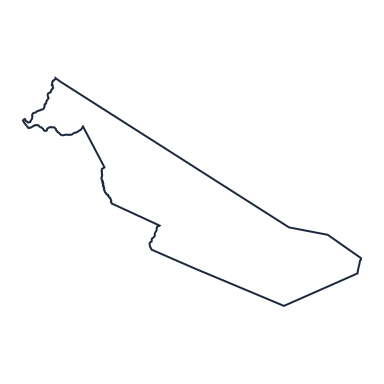 the district of General Lamadrid, La Rioja, Argentina
{"feature_id": "61730980B10920715294308", "entity_name": "General Lamadrid", "entity_type": "district", "adm_level": 2, "iso_a3": "ARG", "parent_name": "Argentina", "parent_adm1": "La Rioja", "projection": "robinson", "projection_center": [-69.375, -28.709], "detail": "fine", "context": "isolated", "style": "outline", "palette": "slate", "viewbox_px": 384, "rotation_deg": 0, "n_neighbors": 0, "source": "geoboundaries", "source_scale": "gbopen_adm2", "svg_char_len": 5320}
<svg xmlns="http://www.w3.org/2000/svg" viewBox="0 0 384 384"><path d="M152.1,249.9L194.3,268.3L283.9,305.9L357.5,273.4L357.7,271.5L357.9,270.6L358.1,269.6L358.5,267.8L358.9,266.0L359.4,264.1L359.7,262.3L360.1,260.5L361.0,259.6L360.9,258.1L327.7,234.8L289.0,227.4L60.3,81.6L55.5,78.1L55.5,78.4L55.4,78.8L55.3,79.0L55.1,79.3L54.9,79.4L54.4,79.8L53.9,80.1L53.7,80.6L53.5,80.8L53.1,80.9L52.8,80.9L52.5,81.3L52.4,82.1L52.4,82.4L52.1,83.0L52.2,83.9L52.1,84.2L51.8,84.8L51.8,85.0L52.3,85.1L52.6,85.2L52.7,85.3L52.8,85.5L52.6,86.2L52.7,86.8L52.8,87.1L53.1,87.5L53.2,87.9L53.1,88.1L52.8,88.5L52.3,88.9L52.0,89.2L51.9,89.5L51.7,89.6L51.3,90.2L51.1,90.5L51.1,91.1L51.0,91.3L51.0,91.7L50.7,92.0L50.4,92.3L49.9,92.6L49.6,92.6L49.5,92.8L49.1,93.0L48.7,93.1L48.1,93.5L47.9,93.9L47.7,94.7L47.7,95.4L47.7,95.7L48.0,96.4L48.2,97.4L48.5,97.8L48.6,98.1L48.5,98.3L48.2,98.8L47.8,99.3L47.0,100.1L46.9,100.3L46.8,100.9L46.6,101.1L46.4,101.4L46.4,101.8L46.2,102.3L46.1,102.9L46.1,103.2L46.0,103.5L45.7,103.8L45.5,104.0L44.6,104.3L44.5,104.7L44.5,105.0L44.7,106.2L44.7,106.3L44.6,106.5L44.2,107.1L44.2,107.4L44.2,108.0L44.0,108.3L43.4,108.7L42.8,109.3L42.6,109.6L41.6,109.6L41.3,109.6L41.0,109.7L40.9,109.7L40.8,109.9L40.6,110.2L39.9,110.2L39.7,110.2L39.0,110.7L38.7,110.7L38.2,110.9L37.4,111.1L37.2,111.2L36.8,111.5L36.6,111.6L36.4,111.7L36.0,112.3L35.6,112.6L35.4,112.6L35.1,112.6L33.7,112.9L33.5,113.1L33.3,113.3L33.0,113.3L32.9,113.4L32.7,113.8L32.6,114.2L32.5,114.3L32.3,114.6L32.1,115.1L32.1,115.6L32.2,116.0L32.4,116.2L32.4,116.3L32.3,117.0L32.3,117.4L32.2,117.8L32.1,118.0L31.9,119.0L31.5,119.5L30.9,120.6L30.6,120.8L30.4,121.3L30.3,121.7L30.2,122.0L29.9,122.0L29.5,122.0L28.9,122.4L28.6,122.5L28.1,122.6L27.0,121.6L26.2,121.2L25.8,120.9L25.5,120.4L25.2,119.2L24.8,119.1L24.5,119.1L24.4,119.2L24.0,119.4L23.4,120.1L23.0,120.4L24.0,122.5L28.5,128.1L28.9,128.0L29.2,127.9L29.5,127.9L29.7,127.7L30.3,127.7L30.7,127.6L31.2,127.4L31.4,127.3L31.9,127.0L32.2,126.7L32.6,126.5L32.9,126.2L33.9,125.9L34.2,125.8L35.1,125.0L35.5,125.1L35.9,125.1L36.1,125.1L36.4,125.2L36.7,125.3L36.9,125.2L37.0,125.3L37.7,125.2L38.0,125.2L38.3,125.3L38.5,125.5L38.8,125.7L39.0,125.9L39.6,126.6L40.1,127.1L40.5,127.3L41.4,127.4L41.6,127.5L42.1,128.1L42.4,128.3L43.1,128.9L43.1,129.1L43.8,130.2L44.0,130.2L44.4,130.6L44.6,130.6L44.9,130.8L45.2,130.8L45.4,130.9L45.9,130.9L46.4,130.7L46.6,130.6L46.7,130.3L46.9,130.1L47.0,129.9L47.0,129.7L46.9,129.5L47.1,128.9L47.3,128.8L47.9,128.3L48.2,127.9L48.8,127.5L49.7,127.5L50.3,127.2L50.6,126.9L51.3,127.2L51.5,127.3L51.9,127.4L54.1,127.3L54.4,127.5L54.7,127.9L54.9,128.0L55.2,128.4L55.5,128.5L55.8,128.9L56.0,129.3L56.0,129.7L56.2,130.3L56.3,130.6L56.6,130.8L57.0,130.9L57.3,131.4L57.4,131.9L57.6,132.1L58.0,132.4L58.5,132.4L58.7,132.6L58.8,132.8L59.4,133.2L59.7,133.7L60.5,134.5L61.3,135.0L62.4,135.3L63.6,135.2L63.8,135.2L64.3,135.0L65.7,134.7L66.0,134.6L67.1,134.7L67.6,134.9L68.0,134.8L69.1,134.9L69.3,134.7L69.5,134.7L70.2,134.7L71.0,134.8L71.7,134.6L74.2,132.9L74.6,132.7L75.5,132.7L76.5,132.4L76.8,132.1L77.5,131.8L78.8,131.0L78.9,130.8L80.2,130.2L80.5,129.9L81.5,129.1L81.7,128.6L81.9,128.4L82.0,128.1L82.5,127.3L82.8,126.8L83.0,126.5L104.4,167.2L104.2,167.3L104.0,167.5L103.9,167.9L103.7,168.1L103.4,168.1L102.9,168.3L102.6,168.5L102.4,168.7L102.1,168.8L102.1,169.0L101.7,169.5L101.8,169.8L101.8,170.4L101.7,170.8L101.7,171.0L101.8,171.1L101.6,171.7L101.7,171.8L101.9,172.0L102.0,172.1L102.0,172.6L101.9,172.7L102.0,173.0L101.9,173.3L102.0,173.5L102.1,174.3L101.9,174.5L102.0,174.7L102.2,175.1L102.2,175.4L102.1,175.6L102.0,176.4L101.9,176.5L101.8,176.9L101.7,176.9L101.5,177.1L101.5,177.3L101.5,177.7L101.7,178.0L101.6,178.3L101.4,178.7L101.5,178.8L101.6,179.2L101.8,179.8L102.2,180.1L102.3,180.4L102.4,180.5L102.3,180.8L102.2,181.0L102.4,181.1L102.6,181.1L102.7,181.3L102.6,181.6L102.6,181.8L102.5,182.1L102.4,182.2L102.4,182.3L102.5,182.3L102.6,182.2L102.8,182.2L103.0,182.3L103.0,182.5L102.7,182.8L102.7,183.0L102.8,183.4L103.2,183.5L103.3,183.7L103.1,183.9L103.0,184.3L103.0,184.5L103.0,184.8L103.0,185.2L103.2,185.3L103.4,185.4L103.6,185.6L103.5,185.8L103.0,185.7L103.0,185.8L103.0,186.0L103.2,186.5L103.3,186.7L103.6,186.9L103.7,187.1L104.0,187.3L104.2,187.7L104.2,188.2L104.2,188.5L103.8,188.9L103.8,189.1L104.0,189.2L104.2,190.0L104.3,190.2L104.4,190.6L104.7,191.0L104.8,191.7L105.0,192.2L105.3,192.5L105.8,192.8L105.9,193.1L106.0,193.2L106.0,193.4L106.1,193.6L106.2,193.9L106.4,194.2L107.3,194.7L107.9,194.7L108.3,195.0L108.3,195.4L108.3,195.7L108.2,195.8L108.2,196.1L108.5,196.4L108.9,196.7L108.9,196.8L109.1,196.9L109.2,197.1L109.4,197.3L109.6,197.7L110.1,197.9L110.3,198.1L110.3,198.4L110.3,198.7L110.7,199.3L110.8,199.7L111.1,200.0L111.3,200.6L111.2,200.7L111.1,201.1L110.9,201.3L110.8,201.5L110.9,201.9L111.0,201.9L111.3,202.6L111.7,203.0L111.9,203.4L111.9,203.6L159.6,225.6L159.1,226.0L158.8,226.1L157.7,226.2L157.1,226.8L156.7,227.9L156.7,228.9L156.7,229.3L156.7,229.7L156.6,230.2L156.2,231.2L155.6,231.9L154.9,233.3L154.8,233.7L154.7,234.8L154.8,235.9L153.9,237.1L152.9,237.9L152.3,238.2L151.9,238.7L151.8,239.4L151.7,240.9L151.6,241.6L151.2,241.8L150.8,241.9L150.5,242.1L150.2,242.5L149.6,243.0L149.6,243.4L149.6,244.7L149.9,246.0L150.2,246.9L150.4,247.4L150.6,247.5L150.8,248.0L151.0,248.6L151.3,248.9L151.5,249.4L151.7,249.7L152.1,249.9Z" fill="none" stroke="#1e293b" stroke-width="2"/></svg>